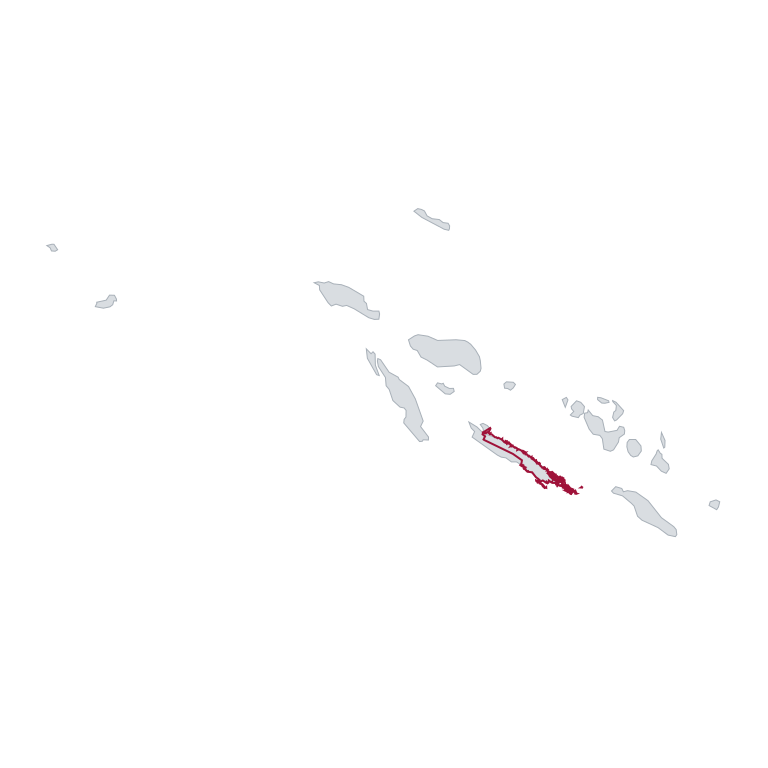 Hograno-Kia-Havulei, Isabel, Solomon Islands (highlighted), rotated 176°
{"feature_id": "97153195B62958617202697", "entity_name": "Hograno-Kia-Havulei", "entity_type": "district", "adm_level": 2, "iso_a3": "SLB", "parent_name": "Solomon Islands", "parent_adm1": "Isabel", "projection": "robinson", "projection_center": [158.602, -7.881], "detail": "fine", "context": "in_parent", "style": "outline", "palette": "rose", "viewbox_px": 768, "rotation_deg": 176, "n_neighbors": 0, "source": "geoboundaries", "source_scale": "gbopen_adm2", "svg_char_len": 9818}
<svg xmlns="http://www.w3.org/2000/svg" viewBox="0 0 768 768"><g transform="rotate(176 384 384)"><path d="M294.4,387.4L307.2,398.1L312.7,397.1L329.5,397.3L339.4,404.9L345.2,408.3L348.5,415.1L352.5,416.7L355.0,420.1L356.5,426.4L350.3,429.8L346.6,430.8L336.8,428.6L327.5,423.7L309.0,423.1L300.4,421.7L297.4,419.9L294.6,417.4L290.3,411.5L286.9,404.6L286.3,400.5L286.1,392.8L287.1,390.0L290.6,387.2L294.4,387.4ZM352.5,324.1L367.0,343.8L366.4,347.3L364.4,349.5L363.8,356.1L365.6,358.7L369.6,359.8L376.3,366.9L379.2,378.2L382.0,382.1L382.1,390.4L388.4,401.8L389.0,407.3L388.4,409.8L385.7,408.4L378.1,395.4L369.4,389.8L368.5,387.4L359.7,379.8L353.8,367.0L347.5,344.3L350.5,339.0L343.3,328.0L343.6,325.0L348.8,325.6L349.8,324.2L352.5,324.1ZM300.1,334.0L302.0,340.2L294.2,334.6L288.3,327.9L271.4,320.5L267.7,316.8L264.7,316.3L256.0,310.2L247.5,306.0L241.0,298.5L237.8,297.2L232.5,291.3L227.3,287.4L225.5,280.3L220.4,275.4L219.2,273.2L235.3,277.2L242.8,285.0L249.2,289.4L251.4,292.6L257.1,297.0L262.3,297.4L267.5,301.8L272.2,302.9L275.9,305.2L299.8,324.9L296.9,330.2L300.1,334.0ZM408.5,461.1L415.8,465.0L420.0,464.4L426.3,467.0L431.1,465.5L434.1,469.0L441.6,482.4L441.6,486.8L446.6,489.9L442.4,490.5L436.6,488.9L432.1,490.0L427.4,487.4L419.5,486.0L412.5,482.9L398.1,473.0L398.2,468.0L395.9,465.6L395.2,459.4L390.0,457.5L384.0,457.1L383.5,454.2L384.6,449.0L389.1,449.1L394.6,451.2L408.5,461.1ZM162.7,259.1L164.5,261.4L160.0,265.4L154.1,263.2L152.7,259.8L148.5,260.6L140.3,258.6L128.8,249.2L116.6,231.3L104.9,221.5L102.7,218.4L102.4,213.3L104.0,211.4L111.2,213.5L120.6,221.6L136.1,230.1L140.3,234.4L143.0,244.8L145.6,247.8L153.9,255.8L162.7,259.1ZM178.8,319.3L182.5,324.7L186.7,336.8L185.9,340.9L182.9,341.2L182.1,343.8L178.0,337.9L172.6,336.4L168.6,332.8L166.9,321.2L163.7,320.4L154.8,321.5L152.0,325.4L147.9,324.1L147.1,320.7L147.7,317.3L153.1,314.0L154.2,309.7L159.6,302.3L162.9,301.1L169.2,303.7L170.0,314.2L172.3,317.7L178.8,319.3ZM342.1,554.3L338.1,556.6L334.4,555.5L331.6,553.8L329.3,548.7L324.4,545.5L317.4,544.2L313.8,540.9L308.9,539.9L307.5,537.2L307.9,534.3L308.7,532.8L313.2,534.2L334.7,547.6L342.1,554.3ZM116.2,298.2L115.1,299.2L113.2,295.6L111.7,294.5L111.8,290.5L105.9,284.0L105.4,279.5L108.8,275.2L113.4,277.7L117.9,283.2L123.3,285.0L122.2,288.7L117.4,295.2L116.2,298.2ZM145.5,308.7L143.1,311.5L136.8,311.1L132.0,304.3L132.0,299.2L135.8,294.6L140.4,293.8L142.9,295.6L145.2,299.4L146.1,304.4L145.5,308.7ZM198.9,348.5L193.1,353.8L189.0,352.0L185.6,347.5L187.3,340.7L190.7,339.3L192.5,336.9L198.7,338.8L200.3,340.1L196.6,343.4L198.6,346.1L198.9,348.5ZM664.9,485.6L655.3,487.0L651.6,491.8L646.7,491.3L645.0,487.4L645.0,485.5L647.7,485.8L649.1,482.0L652.0,480.1L658.6,479.2L666.6,481.3L664.7,484.8L664.9,485.6ZM398.8,410.8L399.2,420.3L394.8,415.1L392.7,416.9L390.8,414.5L391.3,403.4L388.2,392.8L390.7,393.8L398.8,410.8ZM157.0,350.5L157.1,351.5L153.8,349.6L146.8,340.7L148.0,337.7L154.5,331.9L156.5,331.1L158.3,334.7L156.7,340.0L154.6,341.4L153.7,346.3L157.0,350.5ZM318.7,369.1L323.6,369.9L332.6,378.7L330.5,381.4L326.3,380.0L324.9,380.6L323.6,377.6L319.1,375.0L315.0,374.8L314.5,371.7L318.7,369.1ZM261.7,377.6L254.9,376.7L252.9,374.4L255.3,371.1L258.3,369.0L261.0,370.9L264.0,371.4L264.4,375.6L261.7,377.6ZM66.8,243.7L60.9,245.2L57.3,243.1L58.9,238.1L60.9,235.4L68.2,240.1L66.8,243.7ZM290.8,336.9L288.0,337.8L283.9,335.4L282.1,333.2L282.9,329.7L285.4,328.4L288.1,330.7L288.4,333.1L290.8,336.9ZM710.7,545.6L705.5,546.6L703.5,546.4L700.2,540.7L702.7,539.4L706.4,539.9L707.6,543.2L710.7,545.6ZM172.0,353.5L171.8,355.8L168.5,355.1L161.1,351.6L160.8,350.0L165.0,349.4L168.1,349.8L172.0,353.5ZM111.8,309.7L110.6,316.3L107.6,308.1L108.3,301.4L109.4,300.6L111.8,309.7ZM207.3,356.0L203.0,357.9L201.6,355.3L204.8,348.1L207.3,356.0Z" fill="#d9dde1" stroke="#a8b0b8" stroke-width="1"/><path d="M289.2,326.9L286.8,324.8L288.6,321.7L288.0,321.2L260.3,305.3L251.7,298.3L252.5,295.0L253.6,293.7L252.7,293.3L252.9,292.6L252.3,293.6L250.6,293.2L250.3,291.8L248.8,291.0L250.5,289.9L250.4,289.6L248.6,289.0L248.7,288.3L247.5,287.0L246.6,287.1L246.7,286.4L242.4,285.6L239.0,280.5L235.5,277.4L235.3,275.5L232.3,276.7L229.2,274.2L228.7,275.1L227.7,273.6L226.8,274.2L226.3,276.2L224.2,274.4L223.1,274.8L223.0,273.6L219.7,273.3L219.3,271.7L217.6,271.2L217.9,271.8L217.1,272.6L217.9,273.4L217.4,273.6L218.5,273.8L217.6,274.2L218.0,274.8L220.3,276.1L220.5,276.9L221.2,276.4L224.9,280.1L225.8,282.1L225.5,283.8L225.9,283.1L226.9,283.6L226.6,283.9L226.8,284.8L226.4,285.9L226.8,286.8L227.0,286.1L229.1,288.7L229.5,287.9L230.7,288.3L230.8,289.6L232.0,289.4L234.9,293.4L236.5,293.7L234.6,293.6L234.8,294.5L235.8,294.4L236.9,295.6L237.3,294.7L238.1,296.1L237.4,296.1L237.6,297.4L239.1,297.0L239.6,298.3L240.0,297.9L240.7,298.4L240.0,298.5L240.4,299.7L241.4,299.8L240.9,298.6L241.9,299.4L242.4,300.5L242.1,300.8L242.5,301.2L243.2,301.0L244.3,302.2L244.9,301.7L246.5,303.9L247.8,303.9L248.2,304.9L247.6,305.5L249.6,305.1L250.9,307.6L252.0,307.0L251.1,307.7L254.0,309.5L254.9,309.8L254.7,309.2L255.7,308.8L255.4,310.0L256.3,311.1L258.1,311.3L259.7,313.2L260.4,312.8L260.7,312.8L260.5,313.6L261.8,313.2L261.1,314.0L261.9,315.1L262.3,314.7L263.3,316.7L264.2,316.0L264.3,316.9L265.6,316.3L266.8,316.8L266.9,317.4L265.6,317.1L265.5,318.2L268.0,317.6L270.0,320.1L269.9,321.1L270.7,320.5L273.6,322.4L274.6,322.0L275.6,323.0L276.9,323.1L280.1,326.3L281.7,326.5L281.3,327.5L282.4,327.2L283.6,328.6L286.6,327.7L288.5,328.8L289.2,326.9ZM222.9,280.0L218.9,275.7L218.1,275.9L218.4,276.7L217.3,276.5L216.3,276.1L216.7,275.3L215.7,275.6L213.8,273.9L213.7,274.5L212.7,274.4L214.2,276.0L214.0,276.4L212.3,275.9L213.0,275.8L212.2,274.5L211.8,275.4L209.9,274.9L212.1,276.8L213.9,276.9L213.1,278.8L214.4,277.7L214.7,279.2L215.6,279.0L216.3,279.8L214.7,277.2L215.6,276.9L216.4,277.7L217.2,277.2L216.8,278.0L218.5,279.2L219.9,277.8L220.3,278.6L219.3,279.0L219.6,279.4L222.9,280.0ZM217.2,271.6L215.6,270.3L214.5,270.9L213.3,269.7L213.0,270.7L213.9,271.3L213.1,271.2L211.6,269.6L208.8,268.6L208.7,267.2L207.1,267.0L208.1,270.0L212.1,271.7L214.0,273.7L216.5,274.4L216.6,274.1L216.8,273.9L216.8,273.4L216.1,272.7L216.7,272.9L216.2,272.4L216.9,272.6L217.2,271.6ZM287.8,329.2L285.2,328.1L283.9,328.8L282.9,328.7L280.9,332.0L281.2,332.7L287.8,329.2ZM209.0,265.3L208.5,264.6L207.4,266.6L206.1,266.3L205.8,265.7L207.2,265.9L208.3,264.3L206.5,263.6L205.6,264.0L206.1,265.4L205.5,264.9L204.9,265.5L203.9,264.3L204.4,265.5L203.4,266.0L205.4,267.0L206.8,269.0L206.9,266.9L208.6,266.6L209.0,265.3ZM225.5,282.1L224.3,279.9L224.5,280.5L223.6,280.0L223.2,280.7L223.8,280.5L224.2,280.9L222.0,281.4L224.8,283.0L224.7,282.2L225.5,282.1ZM206.4,263.3L204.9,263.3L205.6,263.0L204.6,262.6L204.3,263.1L204.1,263.2L203.9,262.5L203.4,263.0L205.1,264.7L205.5,263.8L206.4,263.3ZM236.6,275.9L235.8,274.0L234.2,273.2L234.8,275.1L236.6,275.9ZM220.9,282.3L220.2,281.8L220.5,281.2L219.0,280.5L218.9,281.7L220.9,282.3ZM201.5,261.5L199.8,261.9L200.5,264.0L201.1,263.4L200.9,262.0L201.5,261.5ZM233.5,272.6L232.7,270.9L231.7,271.2L233.0,272.9L233.5,272.6ZM226.2,285.6L226.4,284.1L225.3,284.9L226.2,285.6ZM206.5,262.8L206.2,262.0L205.4,261.3L204.2,261.0L206.5,262.8ZM238.4,276.7L237.7,275.0L237.2,275.2L237.3,276.1L237.7,276.8L238.4,276.7ZM208.4,263.9L207.4,263.1L206.7,262.9L206.8,263.6L208.4,263.9ZM210.0,266.2L209.2,265.8L209.4,266.8L209.8,267.4L209.4,266.7L210.0,266.2ZM211.4,267.8L210.8,266.8L210.0,267.4L210.4,267.8L211.4,267.8ZM224.4,284.4L223.8,283.4L223.3,283.8L223.7,284.5L224.4,284.4ZM223.5,283.1L223.1,282.5L222.7,282.4L222.9,283.4L223.5,283.1ZM250.7,307.6L250.1,306.9L249.2,307.1L249.9,307.6L250.7,307.6ZM212.7,268.1L212.2,267.9L212.2,268.9L212.4,268.9L212.7,268.1ZM223.9,283.4L224.3,283.0L223.9,282.8L223.9,283.4ZM208.5,264.5L209.2,264.3L208.6,264.0L208.5,264.5ZM200.5,261.2L200.0,261.0L199.3,261.2L200.1,261.5L200.5,261.2ZM214.8,270.0L213.7,269.7L213.7,269.8L214.4,270.4L214.8,270.0ZM218.0,280.6L217.9,279.9L217.7,280.1L218.0,280.6ZM252.2,292.4L251.7,292.1L251.7,292.8L252.2,292.4ZM231.5,269.7L231.0,269.0L230.9,269.0L230.7,269.4L230.7,269.6L230.8,269.7L231.5,269.7ZM231.4,289.7L230.8,289.6L230.6,289.4L230.4,289.8L231.4,289.7ZM194.8,268.3L193.8,267.4L194.6,267.0L193.8,266.9L193.8,267.4L194.8,268.3ZM202.0,264.3L202.0,263.6L201.6,263.8L202.0,264.3ZM211.9,277.7L211.8,277.0L211.6,277.5L211.9,277.7ZM211.5,274.9L211.7,274.3L211.1,274.2L211.5,274.9ZM211.0,274.1L210.6,273.6L210.7,274.2L211.0,274.1ZM213.6,269.7L213.2,269.2L213.0,269.5L213.6,269.7ZM241.8,300.6L242.1,300.3L241.8,300.1L241.8,300.6ZM212.6,273.9L212.8,273.4L212.3,273.6L212.6,273.9ZM226.9,287.4L227.1,287.0L226.7,287.2L226.9,287.4ZM239.0,277.2L239.0,276.9L238.3,276.8L239.0,277.2ZM229.2,289.6L228.9,288.9L229.2,289.6ZM203.1,264.4L203.2,264.0L202.8,264.2L203.1,264.4ZM266.6,318.7L266.7,318.2L266.4,318.6L266.6,318.7ZM222.1,282.8L222.2,282.5L221.7,282.5L222.1,282.8ZM265.2,317.5L265.4,317.1L265.0,317.1L265.2,317.5ZM217.8,269.3L218.2,269.8L218.2,269.7L217.8,269.3ZM258.1,312.3L258.0,311.9L257.8,311.9L258.1,312.3ZM236.4,277.5L236.6,277.2L236.3,277.2L236.4,277.5ZM222.8,285.1L222.4,284.3L222.0,284.2L222.8,285.1ZM210.5,265.0L210.0,264.7L209.7,264.9L209.7,265.0L210.5,265.0ZM221.6,277.5L221.3,277.2L221.4,277.6L221.6,277.5ZM217.1,274.3L216.9,273.8L216.8,274.0L217.1,274.3ZM234.3,293.6L234.2,293.3L234.1,293.6L234.3,293.6ZM231.8,270.6L231.4,270.5L231.6,270.7L231.6,271.0L231.5,270.8L231.3,270.7L231.6,271.0L231.7,270.9L231.8,270.8L231.8,270.6ZM225.1,284.8L225.1,284.4L224.9,284.3L225.1,284.8ZM217.3,274.6L216.8,274.1L216.5,274.3L216.7,274.5L217.3,274.6ZM233.2,273.6L233.2,273.3L233.2,273.6ZM226.4,287.0L226.3,286.8L226.2,286.6L226.4,287.0ZM213.6,274.0L213.5,273.7L213.3,274.0L213.6,274.0ZM222.3,278.3L222.3,277.9L222.0,278.2L222.3,278.3ZM229.4,269.5L229.6,269.3L229.4,269.2L229.4,269.5ZM265.5,316.8L265.5,316.5L265.3,316.7L265.5,316.8ZM209.7,268.1L209.2,267.9L209.2,268.1L209.7,268.1Z" fill="none" stroke="#9f1239" stroke-width="2"/></g></svg>